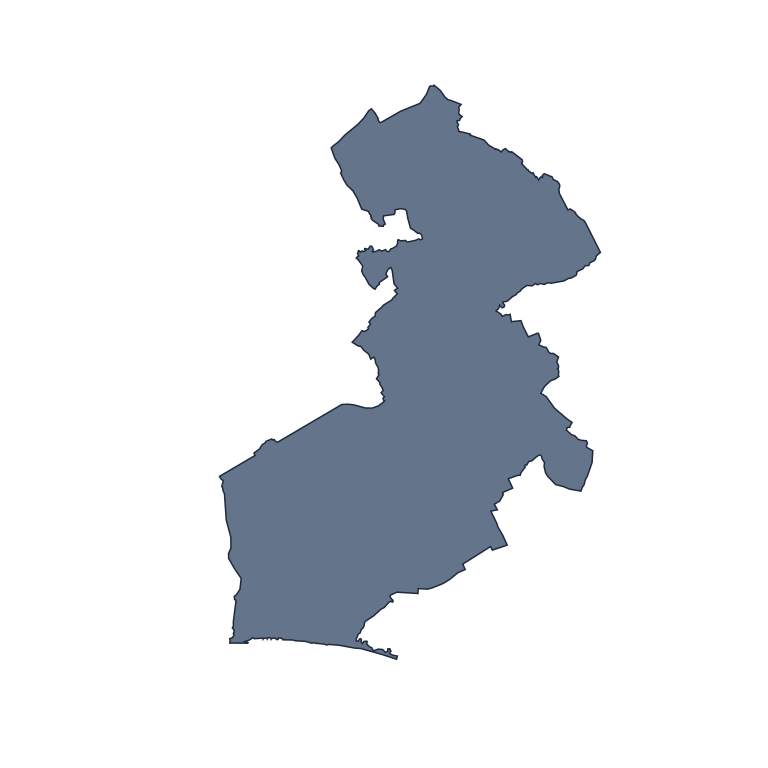 Mueang Phetchaburi, Phetchaburi, Thailand (Albers equal-area conic projection), rotated 64°
{"feature_id": "78962969B35998281204361", "entity_name": "Mueang Phetchaburi", "entity_type": "district", "adm_level": 2, "iso_a3": "THA", "parent_name": "Thailand", "parent_adm1": "Phetchaburi", "projection": "albers", "projection_center": [99.958, 13.071], "detail": "fine", "context": "isolated", "style": "filled", "palette": "slate", "viewbox_px": 768, "rotation_deg": 64, "n_neighbors": 0, "source": "geoboundaries", "source_scale": "gbopen_adm2", "svg_char_len": 6170}
<svg xmlns="http://www.w3.org/2000/svg" viewBox="0 0 768 768"><g transform="rotate(64 384 384)"><path d="M265.2,147.8L266.0,150.3L267.7,150.8L266.6,152.4L268.4,155.5L264.6,156.0L264.6,157.2L259.4,157.5L259.3,158.8L256.2,160.5L254.3,160.7L254.1,161.3L247.1,163.4L245.9,163.5L245.3,162.1L243.0,161.5L231.2,167.4L231.6,168.4L230.0,169.2L230.1,170.0L225.6,171.6L225.7,174.4L226.8,176.9L223.3,178.6L223.1,179.5L221.6,180.3L222.0,180.8L215.1,185.3L208.6,187.1L198.6,197.0L198.1,197.4L197.3,196.7L190.8,204.5L190.4,205.6L189.4,206.2L188.7,205.5L184.6,205.2L184.2,203.9L183.2,203.3L181.0,203.6L179.5,203.0L180.2,200.5L178.7,198.8L177.9,196.5L173.9,198.5L170.6,196.2L168.1,195.5L166.5,192.1L157.3,200.7L157.0,201.6L153.0,203.4L144.8,204.7L137.3,208.1L137.9,209.1L136.4,211.7L136.8,212.9L142.2,218.8L147.2,227.8L147.5,229.3L146.1,249.4L147.6,271.5L147.3,273.1L146.6,273.3L143.6,273.7L142.9,272.8L136.5,273.3L131.1,274.7L131.7,277.9L136.0,285.4L139.0,293.1L143.2,310.3L146.4,318.8L147.7,325.4L148.7,328.0L159.8,329.2L166.9,328.3L174.2,328.6L175.2,330.5L182.3,330.7L188.8,330.2L195.8,327.7L196.4,327.0L197.2,327.3L205.1,326.6L217.1,327.4L222.0,322.3L224.8,322.4L227.2,321.7L227.4,322.4L229.1,322.3L229.4,323.0L231.7,322.6L238.3,318.8L239.8,319.4L241.9,315.5L240.8,314.4L240.8,312.8L235.4,312.4L232.7,310.7L236.0,300.6L235.1,299.2L232.5,297.9L232.5,296.7L233.8,292.0L236.1,288.7L238.1,287.8L245.5,290.0L255.6,291.9L259.2,289.6L263.5,287.6L263.9,285.9L265.2,285.3L267.0,284.9L270.4,285.8L270.5,287.9L268.8,289.1L268.7,292.4L266.9,300.1L266.3,301.0L264.4,301.7L262.6,306.3L260.9,307.5L260.6,308.5L263.8,310.4L265.5,312.4L265.9,316.6L265.5,318.6L267.0,321.2L266.9,322.4L266.0,323.3L263.9,323.7L263.5,327.8L261.1,329.6L261.4,331.9L260.6,336.0L259.5,336.3L258.8,334.7L255.9,334.4L254.5,335.0L254.0,336.0L255.9,339.1L253.8,341.9L254.4,342.4L255.9,341.9L256.2,344.1L254.7,345.3L255.2,347.5L253.3,347.9L253.0,348.5L255.3,350.7L257.8,350.6L258.0,352.4L258.8,353.8L260.3,352.9L268.0,351.5L269.0,351.7L272.8,354.6L277.5,354.7L280.0,354.1L287.8,353.8L293.3,351.7L294.9,350.5L292.8,347.1L292.4,344.3L291.1,344.2L290.7,343.5L289.2,333.7L286.3,334.1L284.5,332.5L282.8,330.1L282.2,326.9L285.4,326.8L298.4,331.1L303.9,329.8L304.4,333.6L308.8,332.6L311.0,338.9L311.9,340.2L312.9,350.1L313.9,352.1L316.0,360.2L319.1,362.4L319.7,366.1L321.7,370.4L324.3,369.9L326.0,373.6L327.7,373.8L328.4,378.3L326.4,380.4L329.1,385.4L332.5,394.3L338.7,390.4L339.9,388.4L345.0,387.3L350.6,384.6L355.8,385.1L355.3,381.5L357.6,381.1L361.4,382.3L366.9,382.1L369.8,383.1L372.0,384.6L373.4,384.4L376.0,388.5L380.8,387.1L382.5,387.8L387.0,387.3L389.3,387.6L390.6,390.5L395.7,389.2L396.3,391.2L398.4,391.5L399.6,390.9L401.2,398.4L400.5,405.1L397.5,411.1L389.3,420.5L386.4,425.2L383.9,430.9L389.7,505.5L387.7,506.7L385.9,506.9L385.7,508.4L384.2,509.0L383.8,515.2L384.9,516.9L385.1,520.0L387.8,524.4L389.0,531.1L391.7,531.3L394.9,572.4L397.9,572.1L400.6,570.9L404.9,574.7L407.1,574.5L408.5,575.3L412.9,575.6L437.1,585.4L454.7,588.9L464.4,593.5L468.1,598.0L472.7,600.1L484.5,599.3L496.1,597.6L505.3,603.4L508.8,609.2L509.1,611.6L512.3,612.8L513.3,611.9L514.0,612.1L531.9,623.8L535.3,625.3L537.0,627.4L538.6,626.6L541.2,627.4L542.1,628.8L543.4,628.6L545.6,631.2L545.3,634.3L547.1,634.8L549.2,636.2L557.2,620.1L556.9,619.6L554.5,622.1L555.1,617.4L554.5,613.0L556.1,612.2L559.0,604.9L559.6,604.3L560.3,604.5L559.8,603.7L560.6,601.4L561.0,600.7L561.9,600.7L561.3,600.2L561.8,597.8L563.0,597.1L563.9,597.3L563.5,596.7L564.3,593.6L567.1,591.9L566.9,590.6L566.6,591.6L566.1,590.3L566.6,588.8L568.8,586.7L569.6,587.0L574.0,578.4L575.7,576.5L581.2,567.0L585.4,562.5L585.7,560.4L587.1,559.1L591.6,551.7L593.4,550.0L593.9,547.7L599.2,538.8L608.8,525.7L611.5,520.9L626.1,504.5L636.9,493.4L634.4,491.2L631.9,494.7L628.8,497.1L628.1,496.9L627.3,494.9L624.6,494.8L623.7,496.6L625.7,497.9L625.9,500.4L622.0,501.6L619.7,505.5L619.4,509.7L617.7,510.9L615.8,510.5L613.7,512.3L610.0,513.5L608.3,512.1L607.6,512.2L606.5,515.1L607.9,517.2L605.6,517.7L604.1,516.4L602.7,516.6L602.5,517.9L603.8,519.8L602.9,521.7L601.7,521.4L597.6,516.9L597.2,514.4L594.8,512.2L594.0,509.7L592.6,507.9L589.8,506.1L589.0,503.8L587.8,494.7L585.1,485.5L585.0,481.7L582.3,475.2L582.3,472.8L583.6,472.3L583.8,471.6L582.5,470.8L578.6,471.9L576.6,471.1L576.7,463.8L587.2,445.3L582.9,443.0L587.5,434.7L588.4,429.9L589.2,418.5L588.5,410.8L586.0,400.3L586.3,392.3L580.4,392.2L576.8,359.4L580.8,359.5L582.8,343.9L572.2,343.6L562.6,344.3L559.1,343.7L545.1,343.7L546.8,337.3L540.4,337.5L539.9,331.2L535.6,325.1L533.5,325.1L534.0,314.0L523.6,313.8L524.8,303.7L525.7,301.5L523.8,299.8L520.6,293.6L519.3,293.4L518.8,292.2L519.4,291.2L517.1,287.8L517.9,284.8L516.3,279.2L515.9,275.8L516.4,274.7L517.7,274.1L521.0,274.7L524.9,274.2L528.4,276.3L534.8,277.8L539.1,277.2L549.7,273.8L554.6,268.0L560.0,263.1L566.6,253.9L564.1,251.4L562.1,248.2L558.3,245.0L556.2,241.9L545.8,231.4L535.5,225.6L529.7,229.6L528.2,229.1L526.4,227.1L523.7,227.0L520.9,231.7L518.4,233.9L514.4,235.1L511.7,237.7L505.4,240.3L503.3,238.3L504.4,236.0L503.1,235.0L501.0,231.8L495.2,235.0L480.7,241.3L466.6,243.7L461.0,247.1L456.6,240.8L454.8,235.2L454.1,232.4L454.6,228.0L453.8,223.4L452.3,223.3L449.9,221.7L447.6,221.0L446.3,221.4L446.3,220.4L444.5,219.2L439.9,218.9L436.2,215.3L430.7,218.4L429.9,220.4L428.2,221.8L422.2,222.2L420.3,224.7L416.6,227.7L413.6,224.0L406.2,222.9L405.6,223.9L404.9,233.6L393.5,233.8L387.1,233.1L383.8,242.2L376.7,240.1L376.5,242.2L375.1,243.8L375.1,248.1L373.0,248.1L367.3,251.2L366.4,247.8L363.8,245.4L367.0,244.7L367.5,243.6L367.4,242.3L366.2,241.0L363.0,241.6L362.4,240.8L363.5,237.8L363.4,235.9L361.8,230.2L361.6,226.0L360.6,224.3L360.2,220.8L359.0,218.4L358.0,212.4L360.7,207.9L360.1,203.6L362.1,202.6L362.3,199.3L364.8,196.2L364.7,192.9L366.9,188.9L370.3,176.9L370.0,171.8L370.8,169.4L370.6,164.3L370.2,163.1L367.6,161.2L367.7,155.0L365.9,151.3L367.3,147.9L365.3,145.9L365.3,141.0L364.4,139.0L361.9,137.0L360.6,131.8L326.7,132.2L324.3,132.8L322.4,134.3L318.8,136.0L315.4,137.0L313.8,136.8L310.3,138.6L308.2,140.0L308.2,142.4L289.5,142.8L285.6,141.4L283.2,139.2L281.4,138.7L278.3,139.2L274.3,142.2L271.6,142.1L265.2,147.8Z" fill="#64748b" stroke="#1e293b" stroke-width="1.5"/></g></svg>